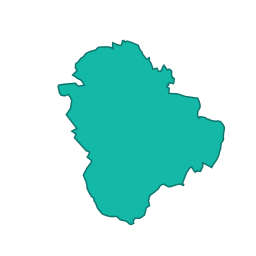 Silindia, Arad, Romania, rotated 50°
{"feature_id": "2599482B7654473920884", "entity_name": "Silindia", "entity_type": "district", "adm_level": 2, "iso_a3": "ROU", "parent_name": "Romania", "parent_adm1": "Arad", "projection": "robinson", "projection_center": [21.934, 46.34], "detail": "fine", "context": "isolated", "style": "filled", "palette": "teal", "viewbox_px": 256, "rotation_deg": 50, "n_neighbors": 0, "source": "geoboundaries", "source_scale": "gbopen_adm2", "svg_char_len": 4027}
<svg xmlns="http://www.w3.org/2000/svg" viewBox="0 0 256 256"><g transform="rotate(50 128 128)"><path d="M204.7,184.9L202.6,183.9L201.8,181.1L201.9,180.1L204.7,176.9L205.1,174.1L205.2,171.3L204.1,169.7L202.2,166.9L201.3,166.1L200.8,164.9L201.0,164.0L201.3,162.3L201.2,161.4L199.8,160.6L197.9,159.7L196.5,158.7L196.1,157.9L195.1,156.7L194.3,155.6L193.8,154.2L193.8,153.8L194.0,151.2L194.1,148.9L194.0,147.0L194.1,144.3L193.6,142.7L192.8,140.1L193.3,138.4L193.7,137.2L194.2,136.6L194.9,136.2L195.8,136.1L196.6,135.8L197.8,135.3L198.8,134.7L199.6,134.3L199.9,133.8L200.7,132.1L202.1,128.6L203.8,124.9L204.1,124.6L204.5,124.2L207.6,122.4L207.3,121.8L206.8,121.7L205.1,121.8L204.5,120.4L203.8,119.1L203.0,117.6L202.0,115.8L201.2,114.4L200.0,111.9L199.5,111.0L198.8,108.0L198.4,107.2L198.3,106.5L198.8,104.4L204.9,105.1L204.9,104.2L205.2,103.6L205.3,102.8L205.8,102.5L206.1,101.9L206.7,101.3L207.7,100.4L207.8,99.9L206.9,98.8L206.6,97.7L206.1,96.5L205.3,95.2L202.7,93.2L203.6,92.7L212.1,89.3L211.9,88.8L211.7,88.1L211.2,87.6L210.8,86.1L210.3,84.2L209.5,81.2L208.4,78.3L207.4,76.5L206.3,74.7L205.1,73.3L203.5,70.6L200.3,67.1L199.5,66.0L199.2,65.2L198.9,64.4L198.7,63.6L198.6,62.9L198.3,62.6L198.1,62.2L197.5,61.7L196.1,60.8L192.9,57.6L191.0,55.2L189.0,53.6L188.6,53.5L186.4,53.1L184.1,53.1L182.4,53.0L181.3,54.1L180.1,54.8L179.7,56.1L178.4,57.1L177.3,58.2L176.2,59.3L175.2,59.5L174.7,60.0L174.1,60.5L173.6,60.3L173.4,60.7L172.5,61.3L171.4,62.0L170.5,61.9L170.0,62.0L168.9,62.7L167.7,63.7L167.0,64.4L166.2,65.1L165.7,65.5L165.7,66.2L166.3,66.7L165.5,67.4L162.5,66.2L159.9,63.5L158.9,60.4L157.8,58.8L155.3,57.3L153.3,56.4L149.8,55.5L149.5,55.9L147.9,57.3L145.9,59.1L140.9,63.7L133.9,68.0L127.7,74.5L123.9,70.8L121.8,72.2L120.3,69.9L121.3,69.6L119.7,67.2L123.2,64.7L122.3,63.3L119.8,60.8L119.0,61.0L119.0,61.6L118.0,61.7L118.0,61.4L117.8,61.4L117.1,61.4L116.9,61.0L116.3,60.9L116.1,60.9L115.3,60.7L115.2,60.5L114.0,59.3L112.8,58.4L112.5,58.1L111.7,58.0L110.4,58.3L109.3,58.8L109.1,59.3L108.9,60.6L103.1,60.1L103.4,60.7L103.3,61.8L103.4,62.0L104.3,63.1L104.5,63.5L104.8,64.8L105.0,65.2L105.7,66.2L105.7,66.3L104.9,67.2L103.7,68.2L101.8,67.6L100.8,67.3L99.1,71.0L94.1,69.1L92.8,68.8L91.8,68.5L90.9,68.5L90.0,68.4L88.7,67.6L88.5,66.8L87.7,66.6L87.7,67.1L87.7,67.8L87.5,68.9L87.2,69.6L85.9,69.6L84.1,69.5L82.7,69.4L80.9,69.4L78.8,68.5L77.2,68.6L76.7,68.5L74.9,68.3L71.2,67.0L67.9,68.7L64.6,70.4L63.7,71.0L62.9,71.5L61.9,72.1L60.6,73.3L59.9,75.4L58.3,75.0L57.6,76.0L58.8,77.5L59.1,77.8L59.4,78.4L59.7,79.1L60.3,80.3L59.1,81.4L58.5,81.8L56.4,83.2L55.6,83.7L54.7,84.0L53.8,84.4L52.9,84.9L53.6,85.6L55.8,87.6L56.3,87.7L57.7,88.4L56.2,89.0L55.6,89.3L54.4,90.1L53.8,90.5L52.5,91.9L52.2,92.1L50.1,94.8L49.7,95.4L49.0,96.2L48.1,97.3L47.8,98.0L47.3,98.8L47.2,99.7L47.2,100.7L47.4,102.0L47.2,103.1L46.2,105.5L45.3,107.2L44.9,108.4L44.4,110.2L43.9,112.3L44.7,116.1L44.7,117.3L44.4,118.7L44.5,120.2L45.4,124.3L45.4,125.2L44.9,126.0L45.7,127.2L46.0,127.8L46.7,128.1L46.9,128.4L46.9,128.5L47.1,128.7L47.6,129.4L48.9,129.6L49.4,129.6L50.0,130.0L50.7,130.0L51.4,130.3L51.8,136.4L52.9,136.2L54.0,135.5L57.2,134.9L58.7,134.3L60.1,133.5L60.6,133.3L61.3,133.3L63.6,133.2L66.6,133.8L67.1,133.8L65.1,137.4L64.0,139.3L59.9,139.5L53.2,149.1L51.7,151.7L50.6,153.6L50.6,153.8L50.8,154.1L51.4,154.9L53.4,156.0L57.0,157.9L58.7,158.1L59.6,158.2L61.5,156.9L62.9,155.5L63.9,152.2L67.4,152.4L70.8,153.4L75.0,158.2L76.2,159.8L78.1,166.7L95.5,167.5L94.3,173.1L99.4,171.7L101.1,175.3L108.5,175.0L118.6,174.6L121.4,172.9L122.6,174.1L122.9,174.3L124.1,178.0L126.7,177.4L129.3,176.9L130.6,178.0L132.3,185.0L132.7,186.4L133.2,186.9L133.6,188.1L134.4,190.2L134.8,191.2L135.5,192.5L140.1,194.0L141.8,194.4L144.8,195.9L148.1,198.1L152.0,199.2L155.2,199.6L156.8,200.0L158.6,199.6L159.7,199.4L161.0,200.1L162.5,201.0L164.1,200.9L167.1,201.9L169.9,202.8L173.6,203.0L174.8,202.9L176.0,203.0L178.3,202.5L183.3,199.4L185.7,197.1L187.9,194.1L189.0,193.3L193.4,192.9L198.1,189.3L200.2,188.8L202.9,188.5L204.0,187.4L204.7,184.9Z" fill="#14b8a6" stroke="#0f766e" stroke-width="1.5"/></g></svg>